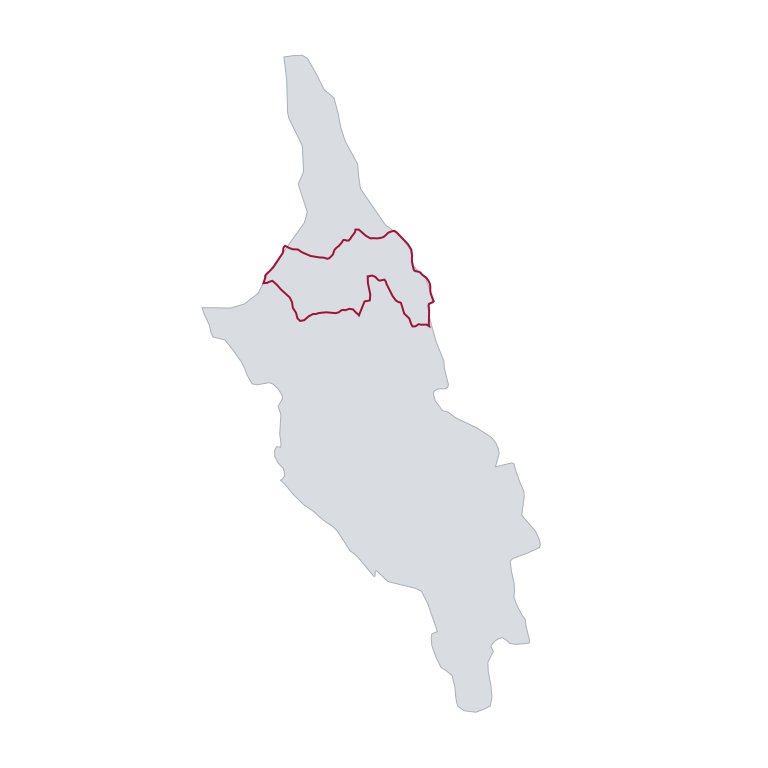 where Samegrelo-Zemo Svaneti sits in Georgia, rotated 51°
{"feature_id": "GEO-3029", "entity_name": "Samegrelo-Zemo Svaneti", "entity_type": "Region", "adm_level": 1, "iso_a3": "GEO", "parent_name": "Georgia", "parent_adm1": "", "projection": "robinson", "projection_center": [42.261, 42.648], "detail": "fine", "context": "in_parent", "style": "outline", "palette": "rose", "viewbox_px": 768, "rotation_deg": 51, "n_neighbors": 0, "source": "natural_earth", "source_scale": "10m", "svg_char_len": 3882}
<svg xmlns="http://www.w3.org/2000/svg" viewBox="0 0 768 768"><g transform="rotate(51 384 384)"><path d="M393.7,525.1L393.9,522.9L393.1,519.5L390.1,517.0L386.0,515.4L378.4,516.0L371.3,514.4L366.3,510.1L365.2,506.8L368.1,504.1L365.9,501.8L357.2,496.5L342.8,483.3L334.7,480.3L331.5,472.0L328.3,470.2L321.5,469.4L314.3,470.2L312.8,471.2L310.6,472.5L304.9,482.9L301.0,486.4L291.3,484.8L283.3,482.3L276.7,480.9L264.1,480.1L249.6,479.9L239.9,487.3L235.7,486.3L228.3,482.7L216.4,479.7L210.1,477.4L228.4,455.5L233.8,442.5L234.0,434.6L234.3,424.7L224.9,404.1L216.9,374.9L208.6,344.5L202.1,335.4L174.7,324.9L168.4,312.9L147.3,297.5L117.9,290.8L112.1,287.9L86.8,268.5L66.9,256.0L71.3,248.5L77.1,240.5L83.2,238.6L101.3,241.7L117.8,245.3L130.0,242.8L144.4,249.1L157.5,256.2L170.7,261.3L196.6,266.1L206.2,272.7L217.4,279.4L261.6,282.8L265.2,281.7L268.4,280.8L283.2,278.4L296.3,278.8L310.2,286.8L319.1,286.4L328.5,285.2L340.7,289.5L350.3,294.2L351.1,299.1L359.5,306.2L383.9,316.9L403.8,323.0L409.9,327.3L425.0,334.3L426.6,336.6L426.3,339.4L422.0,344.7L421.0,349.4L423.0,352.1L429.3,354.7L441.7,355.3L446.1,351.9L455.4,349.5L464.5,345.2L476.7,339.4L493.3,334.1L499.9,334.1L506.3,335.8L510.9,338.7L518.5,349.5L525.8,334.3L527.7,333.2L534.6,336.3L546.7,340.5L555.1,342.7L559.7,345.8L572.7,359.6L593.4,358.9L602.1,361.0L606.9,363.3L609.0,366.0L605.5,379.7L600.6,393.9L601.1,397.4L609.5,402.7L620.9,408.4L627.1,413.0L631.3,417.1L640.3,420.2L650.9,422.2L655.9,422.4L661.2,425.8L674.9,432.3L676.7,433.9L674.4,438.1L669.1,445.6L664.9,449.5L660.1,450.1L655.4,451.8L653.8,455.9L653.7,461.1L654.5,464.9L655.8,466.3L660.7,467.5L665.7,478.5L673.3,484.1L685.2,490.4L695.8,497.6L701.1,504.2L700.2,509.0L697.0,519.0L688.4,527.3L681.1,529.4L678.6,528.6L673.7,526.0L664.0,519.6L653.5,514.6L645.5,516.2L640.3,518.1L629.9,515.8L617.5,511.5L611.0,507.1L608.2,503.9L610.0,498.3L581.9,488.1L568.5,485.3L562.4,488.3L542.1,503.7L539.7,505.3L524.1,507.4L524.1,508.6L527.7,512.0L527.0,513.0L500.7,513.3L492.0,515.3L468.6,512.8L460.9,513.9L454.3,516.3L438.3,519.1L427.3,522.3L413.2,524.0L398.7,524.1L393.7,525.1Z" fill="#d9dde1" stroke="#a8b0b8" stroke-width="1"/><path d="M291.0,277.5L296.7,278.2L302.1,281.5L304.5,283.8L307.3,285.7L313.0,288.6L314.8,289.0L316.1,288.5L318.7,286.3L320.3,285.6L323.3,285.5L327.6,284.3L331.4,284.4L335.0,285.3L337.6,286.8L340.3,289.1L343.0,290.7L351.1,293.4L351.1,295.0L350.4,296.9L350.1,298.8L351.0,300.0L355.6,302.9L365.8,311.6L367.6,312.5L364.6,313.6L361.4,317.7L359.3,319.5L359.0,323.2L357.3,325.6L354.7,325.2L348.9,323.1L342.0,324.0L331.7,319.8L330.5,320.3L329.4,321.2L326.8,322.2L321.3,322.0L307.9,319.1L305.6,318.1L303.2,318.0L302.1,320.0L301.1,322.1L300.1,322.8L298.9,323.1L295.4,323.3L292.4,324.8L290.1,328.9L295.3,332.9L305.9,338.4L310.1,342.4L307.6,347.2L314.9,360.3L313.0,360.3L311.3,360.8L306.6,361.1L303.7,363.7L302.3,367.7L300.8,368.9L299.9,370.7L299.8,374.1L298.6,376.9L291.9,383.8L287.8,390.0L286.7,393.1L285.0,394.9L284.0,399.8L284.2,405.9L282.2,409.5L278.4,409.9L273.4,407.6L267.4,406.9L262.6,404.0L257.3,402.8L245.6,404.6L239.5,404.8L233.6,405.8L232.3,409.0L231.9,411.3L231.4,411.8L229.8,414.3L226.9,409.7L225.9,409.0L225.0,408.0L224.5,405.8L224.3,401.8L223.6,396.5L218.6,380.6L218.2,379.9L217.6,379.0L215.0,376.7L214.7,375.9L214.4,373.9L214.9,373.7L217.1,372.7L218.2,372.3L221.8,370.2L223.9,367.8L225.1,366.4L229.8,364.9L230.1,364.8L238.3,360.5L245.7,353.9L245.8,353.7L247.3,351.8L249.3,350.3L251.0,349.3L251.8,347.3L251.6,345.0L251.2,342.2L248.6,338.1L248.2,335.3L248.3,332.2L247.3,326.9L246.6,325.8L246.7,324.6L247.7,323.6L248.9,322.9L250.3,321.1L249.9,318.6L249.1,316.5L249.0,316.1L248.4,313.4L247.7,310.9L246.0,309.0L247.5,307.2L248.2,306.4L257.4,304.8L262.3,302.9L264.1,300.3L266.3,298.0L268.1,295.2L269.5,291.9L269.4,288.7L269.1,285.4L270.1,282.3L271.4,279.6L272.0,279.3L274.4,278.7L290.3,277.4L291.0,277.5Z" fill="none" stroke="#9f1239" stroke-width="2"/></g></svg>